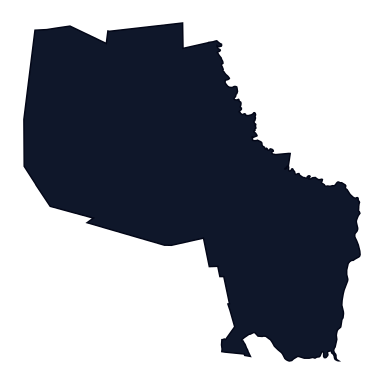 the district of Gómez Farías, Tamaulipas, Mexico
{"feature_id": "50627088B86207372499551", "entity_name": "Gómez Farías", "entity_type": "district", "adm_level": 2, "iso_a3": "MEX", "parent_name": "Mexico", "parent_adm1": "Tamaulipas", "projection": "robinson", "projection_center": [-99.073, 22.992], "detail": "fine", "context": "isolated", "style": "filled", "palette": "ink", "viewbox_px": 384, "rotation_deg": 0, "n_neighbors": 0, "source": "geoboundaries", "source_scale": "gbopen_adm2", "svg_char_len": 5917}
<svg xmlns="http://www.w3.org/2000/svg" viewBox="0 0 384 384"><path d="M23.9,119.3L24.2,166.3L35.4,183.7L36.1,185.1L50.2,206.3L93.4,218.1L87.1,222.7L164.5,245.2L167.1,245.2L171.4,245.3L203.5,238.1L209.3,266.6L217.8,266.3L219.9,276.6L223.8,276.6L229.5,303.7L227.9,304.0L230.1,310.6L234.7,326.8L225.7,339.4L225.2,339.5L224.4,339.0L222.4,339.7L221.9,339.7L221.9,339.9L221.5,344.9L222.1,349.0L221.8,351.6L225.0,352.1L244.1,354.0L244.7,355.4L250.4,356.4L247.8,351.0L248.4,350.8L247.7,350.7L247.4,349.5L246.6,348.3L245.1,344.4L244.0,342.8L243.1,341.1L242.9,341.2L242.1,340.8L242.0,340.3L242.0,339.5L243.3,338.4L244.2,337.6L247.7,335.2L248.8,334.4L250.4,334.1L253.4,332.6L254.8,332.6L258.0,336.1L261.6,336.4L262.5,336.4L263.5,336.1L265.0,336.2L266.0,336.4L269.1,338.8L270.5,339.7L272.5,342.7L274.4,346.2L278.2,349.9L278.7,350.3L281.5,352.6L282.7,354.2L284.9,358.5L286.2,359.6L287.0,360.1L288.3,360.7L289.4,361.0L291.8,360.5L293.5,358.9L297.6,356.4L298.9,356.5L304.3,358.2L309.2,358.2L312.7,357.4L315.0,358.1L316.8,357.1L319.2,356.8L320.1,356.0L321.6,352.2L322.4,351.7L323.1,351.9L323.6,352.8L323.6,356.4L324.3,357.6L325.2,357.7L325.6,357.6L325.9,357.5L326.1,357.4L326.3,357.2L326.5,357.0L327.1,356.2L327.6,355.7L327.8,355.2L327.9,354.3L327.8,354.2L327.7,353.6L327.5,353.3L327.5,353.1L327.4,352.7L327.5,352.4L327.7,352.0L328.0,351.7L328.3,351.4L328.9,351.3L329.4,351.1L329.8,351.0L330.2,350.9L330.5,350.9L331.0,351.0L331.3,351.2L331.4,351.4L331.5,352.1L331.6,352.6L331.6,352.8L331.9,353.1L332.3,353.3L332.5,353.5L332.8,353.8L333.2,354.2L333.3,354.2L333.5,354.6L333.8,355.2L333.9,355.5L334.2,356.2L334.3,356.7L334.4,357.5L334.5,357.9L334.6,358.3L334.9,358.9L335.1,359.3L335.3,359.5L335.8,359.8L336.7,360.2L337.1,360.5L337.6,360.6L338.3,360.8L338.6,360.8L336.9,359.7L336.3,358.7L336.0,357.2L336.0,355.3L335.6,354.2L334.3,352.6L333.6,350.3L334.3,348.2L335.1,347.0L336.8,339.4L336.3,335.3L336.6,333.2L337.2,330.8L338.0,329.4L339.9,327.8L340.6,327.2L340.9,326.2L341.9,319.6L343.0,317.8L343.5,313.8L343.4,311.9L341.8,305.2L342.1,300.3L343.2,293.8L344.1,290.1L347.6,280.9L347.8,279.2L346.7,274.5L346.7,270.0L348.2,263.5L349.8,261.5L351.6,260.4L353.2,260.3L355.4,258.8L358.9,256.9L359.6,256.2L360.1,254.7L359.8,251.1L358.3,245.0L356.7,240.9L355.2,237.8L354.7,236.3L354.9,233.8L357.1,231.0L357.6,229.6L357.7,228.1L356.5,223.0L356.4,222.3L356.3,221.2L356.5,220.1L357.4,217.7L358.3,215.6L359.9,213.3L359.3,211.7L358.5,210.9L358.7,207.6L358.7,206.5L358.8,205.7L359.1,203.5L359.5,202.6L359.4,202.0L359.0,201.2L358.2,200.6L358.2,198.9L358.1,198.4L357.8,197.8L357.3,197.6L356.6,197.7L355.3,198.3L354.7,198.1L353.2,197.3L350.5,194.8L349.8,194.0L347.1,189.7L345.6,188.6L345.4,187.5L345.8,185.9L345.2,184.9L342.4,183.2L341.9,182.8L341.5,182.7L340.3,182.8L339.2,182.3L338.5,182.0L338.1,182.0L337.5,182.2L336.5,183.2L335.8,184.3L334.9,185.3L334.1,185.8L332.9,185.7L332.4,185.7L330.6,186.2L329.6,186.3L327.7,186.0L327.1,186.1L326.6,186.2L326.1,186.2L325.8,186.2L325.1,186.0L324.6,185.5L324.4,184.8L322.3,183.4L321.5,182.9L321.4,182.5L321.5,182.0L322.1,181.0L322.4,179.5L321.9,179.2L319.2,179.7L318.7,179.7L317.4,179.1L315.3,177.5L313.9,177.6L312.5,177.8L312.1,178.0L310.1,179.1L308.9,178.9L308.8,178.3L309.8,177.1L310.1,176.4L309.7,175.9L308.8,175.8L308.2,176.0L307.2,176.9L306.8,178.2L305.6,178.2L304.7,177.6L303.6,177.6L302.3,177.0L299.6,175.1L299.0,173.6L298.1,173.6L295.8,174.5L295.1,173.9L294.5,171.5L293.4,170.4L292.9,169.3L292.6,168.9L292.1,168.8L291.6,169.2L291.5,169.6L291.2,170.0L290.6,170.7L290.1,170.9L289.3,171.0L288.8,170.3L288.6,169.6L288.5,169.1L288.7,167.6L288.7,167.0L288.4,166.5L287.9,166.4L287.4,166.4L287.0,166.7L286.6,167.7L286.5,168.4L285.5,169.0L284.7,168.9L284.8,168.5L285.9,167.9L286.9,166.4L287.4,166.1L288.3,166.2L290.2,153.5L289.0,153.4L275.8,154.6L272.9,154.1L272.4,153.8L272.1,153.6L271.8,152.2L272.1,151.7L273.3,151.2L273.3,150.7L273.1,150.2L272.7,149.9L272.2,149.4L271.0,149.0L270.2,148.9L269.7,149.8L268.7,150.3L268.3,150.3L267.9,150.1L267.2,148.8L266.6,148.3L265.8,149.2L264.9,148.7L264.9,148.0L264.4,147.2L262.5,146.0L262.1,145.2L261.8,142.9L261.4,142.3L260.8,141.8L259.1,141.0L257.5,140.2L256.7,140.5L254.9,140.7L253.0,140.5L252.6,140.3L252.5,138.7L252.0,137.0L252.2,136.7L252.6,136.8L253.4,137.3L255.6,136.4L256.9,135.9L257.0,135.4L255.8,133.5L255.5,133.1L253.8,131.8L253.7,131.2L254.5,130.8L255.0,130.4L254.9,130.0L254.7,129.3L255.8,128.3L255.8,127.3L255.7,126.9L255.0,125.7L255.1,125.3L255.8,124.9L255.7,124.6L255.6,124.1L254.6,123.4L254.2,122.7L253.8,121.3L254.6,120.9L255.0,120.1L255.2,118.9L255.5,118.0L255.3,117.6L255.0,116.5L255.3,115.9L255.6,114.6L255.2,113.3L254.5,112.7L253.8,112.8L252.6,114.2L251.0,114.9L248.3,115.6L246.0,115.5L245.6,115.3L245.5,114.9L245.6,114.4L244.9,113.8L244.2,113.8L243.5,114.2L242.6,114.5L242.0,114.5L240.5,113.3L239.9,112.2L239.3,112.1L239.1,111.6L239.7,110.8L241.0,109.8L241.4,109.2L241.4,108.1L240.4,107.4L240.2,106.7L240.5,106.1L240.8,105.0L241.0,103.7L240.8,102.3L239.2,101.1L238.8,99.5L238.4,99.3L237.9,99.5L237.0,100.0L235.0,99.8L233.9,99.0L234.3,97.9L235.5,96.6L236.1,94.1L236.8,93.6L237.5,91.4L237.0,88.0L236.7,86.9L235.6,86.5L234.2,86.5L232.2,87.5L229.5,87.3L227.6,86.2L225.9,84.0L225.2,82.9L225.0,82.1L225.4,80.2L227.8,79.6L229.1,78.8L229.4,78.3L229.0,77.7L227.9,76.3L226.8,75.3L226.4,75.0L225.6,74.2L224.8,73.2L224.1,72.0L223.3,71.3L223.0,70.8L222.8,69.9L223.2,69.4L223.0,68.8L222.7,68.1L222.3,66.9L221.5,65.9L221.7,64.8L221.7,63.8L222.9,63.4L222.9,62.3L222.6,61.2L221.9,60.0L221.6,59.4L221.1,57.8L219.9,56.4L218.7,54.7L217.9,53.3L217.3,52.8L217.3,52.3L219.8,51.1L220.3,50.3L220.0,49.6L218.1,48.7L217.6,47.8L217.1,46.6L217.1,45.7L218.3,46.7L219.1,46.7L221.2,46.2L221.6,45.6L221.5,44.2L219.8,43.4L217.9,41.9L217.4,41.2L216.3,40.8L216.2,40.9L214.9,41.2L213.0,41.8L208.8,42.4L208.8,42.5L207.8,42.8L183.0,48.4L182.6,23.0L109.5,31.3L107.9,31.0L106.3,43.5L70.0,26.1L56.3,28.1L46.8,29.6L35.0,30.2L23.9,119.3Z" fill="#0f172a" stroke="#020617" stroke-width="1.5"/></svg>